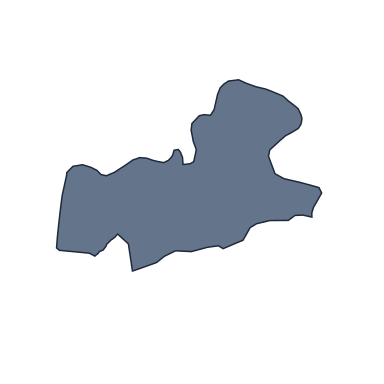 Abi, Cross River, Nigeria, rotated 43°
{"feature_id": "59680162B64112154685735", "entity_name": "Abi", "entity_type": "district", "adm_level": 2, "iso_a3": "NGA", "parent_name": "Nigeria", "parent_adm1": "Cross River", "projection": "mercator", "projection_center": [8.011, 5.883], "detail": "fine", "context": "isolated", "style": "filled", "palette": "slate", "viewbox_px": 384, "rotation_deg": 43, "n_neighbors": 0, "source": "geoboundaries", "source_scale": "gbopen_adm2", "svg_char_len": 1639}
<svg xmlns="http://www.w3.org/2000/svg" viewBox="0 0 384 384"><g transform="rotate(43 192 192)"><path d="M131.1,325.3L134.8,325.1L158.6,306.8L164.7,305.1L164.9,302.8L165.3,301.0L164.9,298.8L166.6,295.0L166.1,290.4L165.2,288.3L165.4,286.1L165.5,282.2L166.0,280.4L166.4,277.5L166.3,273.5L180.8,273.3L202.3,290.4L202.8,289.7L214.2,267.7L215.6,258.0L220.0,246.3L232.2,236.0L241.0,221.9L248.0,213.3L253.4,212.2L258.2,201.3L262.2,192.5L258.8,178.3L260.9,171.1L268.4,159.8L281.8,147.1L283.3,138.9L288.8,133.3L296.8,128.6L293.9,125.6L291.3,120.3L290.1,115.0L288.8,109.6L287.5,104.3L281.9,102.2L281.0,102.6L266.1,110.4L250.2,119.5L240.4,122.0L240.2,122.0L223.6,113.7L222.8,112.4L220.2,108.2L221.2,94.7L222.0,87.1L224.1,81.1L226.4,73.0L225.5,68.2L224.1,65.8L222.3,63.3L218.7,61.0L212.8,58.7L207.5,59.0L202.1,59.5L200.0,59.7L193.2,59.8L190.2,60.9L181.3,64.2L176.0,66.3L166.8,71.5L157.5,75.5L149.6,78.1L143.0,86.0L141.7,91.3L141.6,96.6L144.2,103.3L147.4,108.8L148.1,110.0L152.0,116.7L153.2,123.3L148.0,127.3L145.3,131.3L145.3,137.9L145.2,141.9L147.1,144.5L149.1,147.3L154.9,151.5L158.2,154.0L164.9,157.4L166.1,158.0L168.7,162.0L172.6,168.7L171.3,172.7L168.0,176.5L166.7,178.0L161.5,173.2L156.3,170.7L152.9,170.3L150.4,173.7L152.6,177.9L153.2,180.6L153.2,184.9L151.3,189.8L145.4,193.5L141.6,195.6L135.7,198.2L130.2,202.6L129.6,203.9L126.9,208.9L125.0,217.9L123.2,225.0L121.9,230.4L118.3,238.5L113.5,241.3L107.7,241.0L101.2,242.9L93.2,246.8L90.6,250.3L87.4,254.4L87.4,255.9L87.3,257.2L87.3,257.8L87.2,263.2L89.1,265.6L99.2,282.7L102.3,287.1L109.7,297.3L119.6,310.6L124.3,316.8L131.1,325.3Z" fill="#64748b" stroke="#1e293b" stroke-width="1.5"/></g></svg>